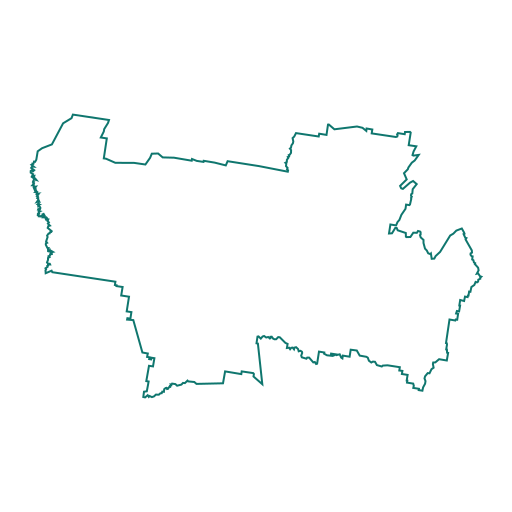 the district of Weddin, New South Wales, Australia
{"feature_id": "25037944B42386149342522", "entity_name": "Weddin", "entity_type": "district", "adm_level": 2, "iso_a3": "AUS", "parent_name": "Australia", "parent_adm1": "New South Wales", "projection": "robinson", "projection_center": [147.918, -33.878], "detail": "fine", "context": "isolated", "style": "outline", "palette": "teal", "viewbox_px": 512, "rotation_deg": 0, "n_neighbors": 0, "source": "geoboundaries", "source_scale": "gbopen_adm2", "svg_char_len": 5989}
<svg xmlns="http://www.w3.org/2000/svg" viewBox="0 0 512 512"><path d="M143.3,397.0L145.1,397.4L147.7,395.2L148.8,396.9L149.6,396.0L151.9,397.1L154.0,396.4L155.9,394.6L158.8,394.7L160.4,393.3L161.7,393.2L162.3,391.6L163.9,391.8L164.2,389.2L165.5,388.1L166.5,387.8L167.2,388.2L167.2,389.0L167.9,388.9L169.3,386.9L170.1,386.9L170.0,385.9L171.1,385.5L170.7,384.4L171.6,384.5L172.1,383.6L175.4,384.1L177.1,385.7L181.4,384.6L183.0,382.9L184.9,383.1L187.5,380.6L188.2,381.4L194.3,382.0L196.5,383.9L223.0,383.3L225.1,371.4L241.3,374.1L241.7,371.4L253.2,373.1L253.9,374.0L253.5,376.5L262.3,384.2L257.9,343.6L256.5,343.3L257.5,336.6L258.5,336.4L260.8,338.6L262.6,336.5L264.1,336.0L266.2,337.5L268.2,337.0L269.9,338.5L270.5,338.0L270.5,336.8L271.7,336.7L273.2,338.7L274.6,339.3L276.2,339.2L278.2,337.1L279.8,337.3L285.4,342.9L287.6,343.9L286.9,348.0L289.1,347.7L290.1,349.2L291.2,347.8L292.6,347.6L294.0,349.3L294.5,347.6L296.1,347.2L298.1,349.1L298.7,351.3L300.5,350.8L301.9,351.7L302.2,352.9L301.2,355.6L301.8,357.3L306.4,358.7L307.2,357.6L309.1,357.6L313.3,362.4L314.8,362.0L316.1,364.0L317.1,363.7L319.0,351.6L324.3,352.5L324.1,353.7L327.0,355.3L332.7,355.9L333.9,355.4L330.9,354.9L331.1,353.6L336.9,354.5L336.9,355.0L339.7,354.3L341.2,357.6L342.4,358.4L342.8,355.6L349.6,356.7L350.7,349.7L356.8,350.5L359.7,355.6L366.4,356.8L367.8,357.7L368.9,360.7L371.3,362.5L372.9,361.6L375.0,361.8L376.9,365.1L381.8,366.5L382.8,365.6L387.5,365.3L399.8,367.2L399.3,370.5L402.4,370.9L401.9,374.0L407.6,374.9L406.7,380.5L407.3,380.6L407.0,382.6L413.2,383.6L413.8,385.7L413.3,387.9L418.9,388.8L418.7,390.1L422.4,390.7L423.1,387.4L425.1,383.7L425.5,381.1L424.5,378.4L425.1,376.3L427.7,373.1L429.5,373.3L431.5,369.2L433.6,367.7L432.9,364.1L433.2,362.5L435.3,362.4L439.1,359.2L446.8,360.5L448.1,352.9L447.1,352.7L446.9,349.5L446.2,349.4L447.0,344.6L446.8,343.3L446.0,343.1L449.5,319.5L455.3,320.5L455.7,319.5L457.2,319.7L458.1,313.8L456.1,313.5L456.9,311.0L459.1,311.4L460.1,305.6L459.3,305.5L460.2,300.0L464.1,301.0L465.0,296.6L467.6,297.1L467.9,295.6L468.5,295.6L469.1,291.6L470.4,291.8L471.4,287.0L474.3,285.0L475.6,281.9L477.0,282.4L478.1,281.6L478.3,279.7L480.3,278.7L480.2,277.7L481.3,276.7L480.0,276.2L478.1,273.4L476.8,273.7L478.6,270.3L478.1,267.7L474.8,264.0L475.2,263.2L473.9,262.3L473.4,260.2L472.2,259.5L472.6,256.4L471.6,256.2L470.5,254.7L470.6,253.4L472.0,252.6L471.8,250.4L465.6,239.5L466.4,238.1L465.3,237.8L463.6,234.1L464.5,233.7L464.0,232.4L461.8,228.5L456.3,230.6L453.3,233.7L450.2,235.5L440.1,251.9L435.6,256.1L434.3,258.6L431.7,258.8L430.9,253.5L430.3,254.1L428.2,253.3L426.8,250.5L425.0,248.6L423.5,243.0L423.5,239.9L420.7,237.4L420.0,235.1L420.6,234.5L420.6,232.2L420.0,231.5L418.0,231.0L416.9,232.8L413.3,232.7L410.4,237.0L406.4,237.1L405.9,236.7L405.8,233.0L397.7,230.3L396.7,228.0L395.3,227.9L392.0,233.3L389.0,233.5L390.4,224.5L396.1,225.4L397.5,222.1L399.4,219.9L401.4,214.8L405.5,208.8L406.1,204.6L409.4,205.1L410.0,204.4L411.3,198.7L411.0,198.0L411.8,196.7L411.0,195.8L411.2,194.2L412.3,193.5L412.7,189.2L416.7,184.1L413.1,181.0L410.1,182.6L402.9,188.9L401.2,188.3L400.1,185.9L406.7,179.4L404.0,173.2L407.8,169.3L408.4,167.5L411.8,162.7L414.7,160.5L418.7,154.9L413.4,155.6L412.5,155.1L413.6,151.4L416.3,146.3L408.7,145.2L410.7,132.6L410.0,131.9L405.0,132.0L404.7,134.2L397.9,133.1L397.1,134.4L397.6,135.1L397.3,136.5L395.9,137.0L371.7,133.4L372.3,129.5L366.6,128.5L366.3,130.9L362.5,127.8L357.0,126.5L334.4,129.3L328.8,124.5L328.0,124.6L326.5,134.9L319.2,133.7L318.7,136.5L296.0,133.1L294.2,136.6L292.6,138.1L293.3,141.5L292.9,143.3L291.4,145.4L291.0,147.7L289.9,148.6L291.1,150.1L291.0,152.9L289.5,155.0L288.8,155.1L289.1,156.4L287.8,157.0L288.3,157.9L286.9,159.8L286.8,162.0L285.4,162.8L286.3,163.6L286.0,166.1L287.6,168.0L287.0,169.3L288.1,170.3L287.8,171.7L259.0,166.1L227.6,161.2L225.8,165.4L214.6,162.6L203.7,160.8L203.5,161.9L196.8,160.9L192.0,159.0L191.7,160.7L174.0,157.7L162.7,157.4L158.1,153.5L151.8,153.7L150.1,157.8L145.4,164.5L134.2,162.9L115.3,162.8L106.0,158.7L103.8,158.4L106.8,138.4L100.8,137.5L103.8,131.5L104.2,129.1L108.0,123.0L109.0,120.0L72.9,114.6L71.5,118.2L63.1,123.3L51.9,144.4L42.1,148.2L37.7,151.3L36.3,159.7L35.1,161.8L34.0,161.6L33.4,163.8L32.5,163.7L32.5,164.3L31.5,164.8L33.8,166.7L32.1,166.6L31.2,167.9L34.2,170.2L33.0,171.3L31.9,170.3L30.7,171.0L30.7,172.6L33.1,174.2L31.7,176.8L32.7,177.5L32.8,176.2L34.3,175.9L33.7,178.0L35.1,178.4L36.4,180.0L34.0,179.3L33.1,181.5L33.9,182.0L33.1,182.8L33.9,183.6L32.4,185.3L33.8,185.4L33.7,186.9L35.9,186.6L35.3,187.4L35.6,188.8L34.2,188.7L35.3,191.3L37.1,190.8L35.6,192.0L37.1,192.1L36.6,193.7L38.3,193.6L37.2,194.4L38.1,194.8L36.9,196.1L37.9,196.8L37.3,198.0L39.1,198.4L37.8,198.4L38.9,200.8L38.0,200.3L36.9,201.9L38.4,201.4L38.8,203.2L37.7,204.2L39.2,204.6L38.1,205.1L38.3,206.5L40.1,205.9L39.6,206.4L40.4,207.9L40.1,208.9L38.3,209.1L38.1,209.7L39.6,209.8L39.0,211.2L39.9,211.4L38.6,212.1L39.1,213.5L37.9,213.9L37.8,215.2L38.8,215.4L38.8,216.3L41.4,216.5L41.3,215.9L43.4,215.3L42.7,214.3L43.6,213.9L44.7,215.8L43.4,217.3L46.3,217.3L47.1,218.3L45.8,219.0L46.2,219.8L48.2,219.6L47.6,221.2L48.9,222.4L47.9,223.6L49.9,225.6L48.3,226.1L47.7,227.9L51.7,231.2L51.2,232.0L50.1,232.2L49.6,233.4L48.6,233.5L47.1,235.6L47.6,237.0L46.1,241.5L47.1,242.8L45.9,243.3L45.8,244.7L47.3,247.8L48.6,248.1L48.0,249.2L48.1,251.2L48.9,251.4L49.9,250.1L50.5,252.0L51.2,250.9L52.9,251.9L51.6,252.2L51.8,254.1L50.1,254.3L49.9,255.5L48.6,256.2L49.5,257.1L48.0,258.0L48.0,259.9L47.0,262.5L48.0,263.6L49.8,263.8L50.1,264.5L48.0,264.6L48.0,265.6L47.3,265.9L47.5,266.9L45.5,268.3L46.1,269.3L45.5,270.3L45.7,273.2L51.6,270.7L52.3,272.2L115.4,281.7L114.9,285.0L116.6,285.3L116.5,286.1L122.6,287.0L121.2,295.5L129.0,296.7L126.7,311.4L131.4,312.1L130.4,318.6L127.4,318.2L127.1,319.6L133.3,320.1L142.4,352.5L147.8,353.5L147.1,356.9L149.6,357.3L149.2,359.1L151.2,359.4L151.4,357.7L154.4,358.2L153.0,366.4L149.0,365.8L146.3,381.1L148.6,381.5L148.1,384.4L146.8,391.3L144.0,391.7L143.3,397.0Z" fill="none" stroke="#0f766e" stroke-width="2"/></svg>